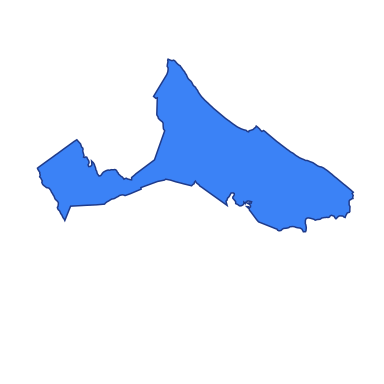 outline of Ilhéus, Bahia, Brazil, rotated 310°
{"feature_id": "56859067B42691950323680", "entity_name": "Ilhéus", "entity_type": "district", "adm_level": 2, "iso_a3": "BRA", "parent_name": "Brazil", "parent_adm1": "Bahia", "projection": "albers", "projection_center": [-39.201, -14.766], "detail": "fine", "context": "isolated", "style": "filled", "palette": "blue", "viewbox_px": 384, "rotation_deg": 310, "n_neighbors": 0, "source": "geoboundaries", "source_scale": "gbopen_adm2", "svg_char_len": 5689}
<svg xmlns="http://www.w3.org/2000/svg" viewBox="0 0 384 384"><g transform="rotate(310 192 192)"><path d="M110.9,58.3L110.2,59.6L109.7,61.1L109.2,62.8L108.3,63.5L107.4,64.9L105.7,65.5L105.5,67.2L104.7,68.8L104.3,70.2L103.0,70.6L102.2,71.9L101.8,73.0L101.7,74.5L101.8,76.0L101.8,77.7L102.5,78.8L103.0,80.0L102.8,81.2L102.5,82.6L101.5,84.6L101.1,86.2L100.5,87.5L100.1,89.0L99.1,90.7L98.5,92.1L98.5,93.8L98.3,95.3L97.9,96.5L96.9,97.3L96.0,97.9L94.9,98.6L93.7,98.7L92.9,99.8L92.5,100.9L92.4,102.8L91.1,105.4L90.7,107.1L90.1,108.3L89.4,109.8L89.1,111.4L88.4,112.9L103.1,108.1L113.8,119.5L120.7,127.0L126.5,132.8L127.9,132.8L129.8,133.2L131.5,133.9L133.1,134.4L134.9,135.0L136.1,136.0L137.2,136.8L138.7,137.3L140.2,137.9L141.3,138.4L142.7,138.7L144.0,139.6L145.1,140.5L145.8,141.7L146.2,143.0L151.1,145.9L152.3,146.5L161.5,151.2L162.5,150.0L178.0,158.9L183.4,163.2L184.9,163.6L187.3,167.9L189.3,172.8L192.0,178.4L192.8,180.2L196.5,187.7L198.2,187.8L199.7,188.3L201.0,187.6L202.5,187.6L201.9,189.4L201.9,191.1L202.0,192.6L201.6,194.3L201.9,196.3L202.1,199.4L202.3,201.9L204.3,227.5L206.8,223.9L208.2,224.1L209.3,223.5L210.4,223.2L211.9,223.4L213.5,223.2L214.8,222.9L216.3,222.6L217.7,224.0L218.0,225.3L217.0,226.2L215.6,226.5L214.4,226.5L213.5,227.2L212.7,231.6L211.2,232.9L211.8,235.1L211.9,237.2L212.8,238.4L214.6,239.3L216.3,239.3L217.5,238.3L217.3,240.2L218.5,239.6L219.2,240.6L220.4,240.1L221.5,241.2L222.4,242.9L222.9,243.9L221.4,244.5L220.4,242.7L219.1,242.0L219.4,243.3L219.4,245.3L218.2,246.4L217.1,246.2L217.0,244.7L216.0,243.3L215.9,244.7L215.9,246.6L215.0,247.7L214.6,249.9L212.3,259.5L211.9,262.2L216.9,277.3L217.3,278.6L218.2,281.1L217.8,282.1L218.2,283.6L219.7,284.9L221.6,285.1L223.1,285.7L224.2,286.9L225.7,288.2L227.0,289.1L228.2,289.3L229.1,290.2L230.1,291.1L231.2,292.7L231.8,294.5L232.4,295.7L233.1,296.8L233.9,298.1L234.2,300.1L233.1,302.9L234.6,304.5L235.8,304.1L236.8,303.4L238.0,302.6L239.0,301.5L240.0,300.3L240.8,298.9L241.7,298.3L242.7,297.4L243.6,296.9L244.9,296.6L246.1,297.0L247.0,297.8L247.9,299.4L248.8,301.4L249.5,303.0L249.6,304.5L250.6,305.1L251.7,305.9L252.8,307.1L253.8,307.8L255.4,308.1L256.4,308.9L257.4,309.7L258.3,310.7L259.2,311.4L259.9,312.6L261.2,313.4L262.7,313.2L263.8,313.8L264.3,315.1L264.8,316.5L264.1,318.0L264.0,319.5L265.8,319.7L267.4,319.8L268.7,320.5L269.4,321.5L270.5,322.9L270.5,324.6L270.9,325.7L272.6,325.0L274.2,324.7L275.7,324.4L276.6,324.9L277.6,325.6L278.6,325.4L279.6,324.5L281.0,323.4L282.3,322.5L283.2,320.6L284.6,319.4L286.0,318.2L287.3,318.0L288.2,318.5L289.4,318.7L290.5,319.5L291.4,318.3L292.9,317.8L293.8,315.6L295.5,315.7L295.5,313.8L295.6,312.6L295.6,310.9L295.6,309.0L295.6,307.0L295.6,305.0L295.5,303.6L295.5,302.2L295.5,300.1L295.5,298.5L295.5,297.1L295.5,295.2L295.5,293.5L295.4,292.3L295.4,291.0L295.4,289.6L295.5,287.8L295.4,286.2L295.4,284.3L295.4,282.6L295.3,281.1L295.1,279.2L295.0,277.5L294.6,276.0L294.3,274.9L293.7,274.0L293.1,272.6L292.7,271.0L292.6,269.5L292.4,267.7L292.2,265.9L291.6,264.1L291.1,262.9L290.8,261.7L290.2,260.0L289.1,258.6L288.7,256.6L288.3,255.6L287.9,254.2L287.3,252.1L287.1,250.2L286.8,248.6L286.7,246.8L286.7,244.9L286.5,243.7L286.2,242.5L286.0,241.2L286.0,239.4L285.8,237.5L285.7,235.2L285.6,233.1L285.5,230.9L285.4,229.2L285.4,227.9L285.3,226.3L285.2,224.8L285.2,223.6L285.2,221.9L285.2,219.8L285.2,218.0L285.2,216.9L285.2,215.3L285.2,213.3L285.2,211.4L285.3,209.8L285.1,207.3L283.3,206.6L283.4,204.7L283.8,203.0L283.8,201.8L283.9,200.5L283.8,198.8L282.4,199.2L281.1,198.8L279.3,198.7L278.1,198.0L276.9,197.3L275.7,196.4L274.5,196.7L273.9,195.4L274.0,193.7L273.2,192.2L272.6,190.7L272.0,189.1L271.6,187.4L271.2,185.9L270.9,184.3L270.8,182.9L270.7,181.8L270.5,179.9L270.4,178.0L270.3,176.5L270.3,175.1L270.1,173.4L270.0,171.8L269.9,170.3L269.9,168.4L269.9,166.6L269.9,164.3L269.9,162.3L269.9,160.4L269.9,158.6L269.9,157.2L269.9,155.9L269.9,154.6L270.0,153.4L270.1,152.0L270.1,150.9L270.2,149.0L270.4,147.0L270.4,145.6L270.5,144.4L270.5,143.2L270.7,141.6L270.9,140.0L271.1,138.2L271.6,136.0L272.1,134.2L272.6,132.5L273.4,131.0L273.8,128.9L274.5,127.3L274.4,125.5L274.6,124.1L275.3,122.5L275.8,121.4L276.2,119.8L276.2,117.9L276.4,116.1L276.9,114.9L277.4,113.8L278.2,112.4L278.7,110.4L279.3,109.2L279.6,107.6L279.9,105.9L280.3,104.8L280.6,103.3L281.1,101.7L280.8,100.3L280.8,98.9L280.9,97.4L281.2,96.0L281.4,94.6L281.2,93.2L279.7,92.2L278.9,90.1L278.4,88.3L277.4,88.6L276.4,89.8L275.3,90.4L273.8,91.2L272.3,92.2L271.9,93.6L270.8,94.7L269.9,95.3L268.7,96.1L267.2,96.7L265.7,97.2L240.5,101.1L240.5,102.3L240.5,104.1L241.8,104.9L228.9,115.1L228.2,116.0L227.9,117.4L226.8,118.9L226.6,120.8L226.6,122.2L226.7,124.1L226.1,125.7L224.9,126.7L223.6,127.9L222.0,129.5L221.4,131.7L203.3,138.5L194.6,141.8L192.5,142.6L169.9,137.3L168.0,137.1L165.8,136.7L164.3,136.4L163.4,137.2L162.5,137.9L161.8,136.9L161.2,135.5L160.5,134.2L160.4,132.9L159.2,132.0L158.1,131.7L158.4,130.4L158.7,129.0L158.4,127.9L158.5,126.1L158.5,124.3L159.1,123.3L159.2,122.1L159.8,120.8L160.0,119.5L159.6,118.4L158.5,117.5L157.1,115.7L155.8,115.0L154.9,113.6L153.4,112.6L152.0,112.0L150.4,111.4L148.8,111.3L147.1,111.5L145.8,111.5L144.5,110.5L144.9,108.9L145.2,107.6L146.1,106.4L146.8,105.4L147.3,103.9L148.3,102.9L149.0,101.7L149.5,100.7L150.4,99.4L151.0,97.6L151.1,96.3L151.2,95.1L149.8,96.5L148.4,97.9L146.3,97.8L145.1,96.5L146.0,94.9L147.5,94.6L148.7,94.0L149.6,92.6L150.1,90.9L151.0,89.1L150.6,88.1L149.4,87.5L149.0,86.5L150.4,85.9L151.2,84.8L152.1,83.4L153.3,81.8L154.5,81.2L155.4,80.2L155.5,78.5L156.1,77.5L157.2,75.7L157.4,74.2L157.7,72.0L158.0,70.2L155.0,69.2L146.9,67.2L143.8,66.4L134.7,64.2L133.0,63.7L128.8,62.7L125.7,61.9L121.8,60.9L112.5,58.6L110.9,58.3Z" fill="#3b82f6" stroke="#1e3a8a" stroke-width="1.5"/></g></svg>